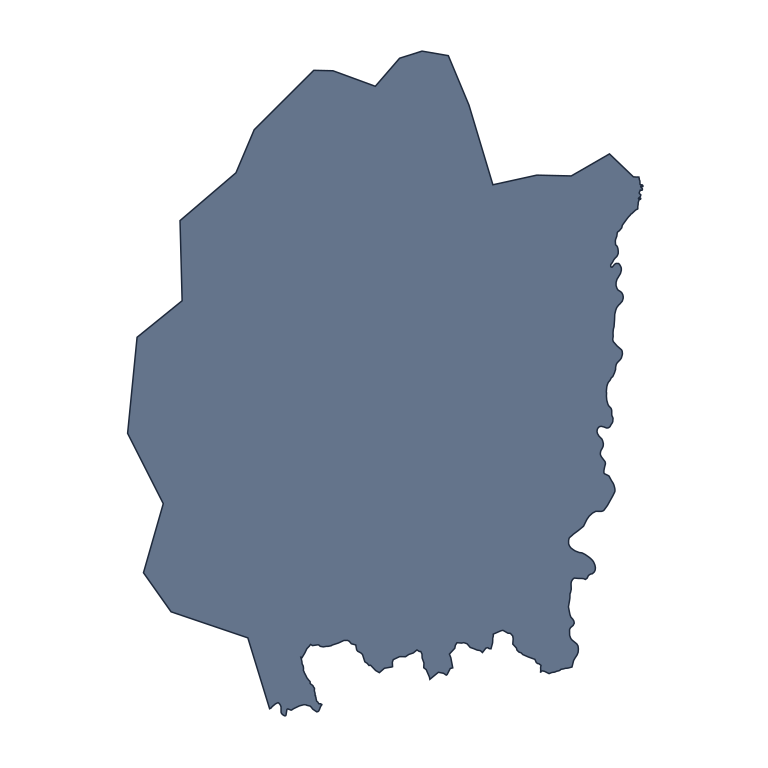 Xu'der, Selenge, Mongolia, rotated 91°
{"feature_id": "93677404B85360121708910", "entity_name": "Xu'der", "entity_type": "district", "adm_level": 2, "iso_a3": "MNG", "parent_name": "Mongolia", "parent_adm1": "Selenge", "projection": "equal_earth", "projection_center": [107.738, 49.736], "detail": "fine", "context": "isolated", "style": "filled", "palette": "slate", "viewbox_px": 768, "rotation_deg": 91, "n_neighbors": 0, "source": "geoboundaries", "source_scale": "gbopen_adm2", "svg_char_len": 6139}
<svg xmlns="http://www.w3.org/2000/svg" viewBox="0 0 768 768"><g transform="rotate(91 384 384)"><path d="M54.6,325.4L50.5,351.8L58.0,374.1L86.5,397.9L71.7,440.5L71.6,459.7L132.0,518.2L175.4,535.7L224.2,590.8L304.3,587.3L341.6,631.7L437.8,639.5L507.5,602.6L576.9,621.2L615.5,592.9L640.2,515.7L710.7,492.7L710.0,491.3L709.8,491.3L708.2,489.8L705.7,486.9L704.5,484.5L704.6,484.0L705.6,482.9L706.7,482.1L708.6,481.3L714.0,481.2L715.2,480.7L716.3,479.7L717.5,477.7L717.5,477.1L717.4,476.6L716.8,476.2L711.2,475.4L710.7,475.0L710.6,474.3L711.7,471.3L711.6,470.7L710.2,468.7L707.3,462.9L706.0,458.4L706.2,456.2L706.6,455.6L707.3,452.3L708.3,451.2L710.4,449.5L713.0,445.5L712.7,444.4L712.1,443.6L710.5,442.8L708.2,442.0L706.6,441.2L705.8,440.5L705.3,440.8L705.1,441.5L704.8,441.9L704.8,443.6L703.1,444.7L702.3,445.8L699.4,446.5L698.9,446.5L698.2,446.8L696.9,447.0L696.8,447.4L694.8,447.5L693.4,447.8L692.4,448.2L691.1,448.3L690.5,448.2L689.4,448.2L688.3,449.1L687.4,449.5L686.9,449.8L685.7,451.3L685.3,452.0L684.8,452.5L684.5,452.7L683.4,452.6L682.7,452.8L681.5,454.0L679.0,456.0L676.5,457.2L675.8,457.7L675.0,458.0L674.1,458.6L672.9,459.0L671.8,459.6L669.7,459.5L667.5,459.8L665.2,461.0L663.1,461.2L660.6,461.8L658.9,462.3L658.6,462.4L658.6,461.9L658.7,461.7L659.1,461.5L659.2,461.3L658.9,461.1L654.2,458.4L650.0,456.5L647.4,454.1L645.7,452.9L645.8,452.6L646.8,450.9L645.9,445.4L646.1,444.6L647.4,443.2L647.9,440.1L647.3,436.9L647.3,435.3L646.6,432.2L645.9,431.2L643.8,425.1L641.1,419.6L641.0,415.9L641.9,414.2L644.3,412.1L645.4,407.7L650.3,406.7L651.7,405.6L653.2,402.6L654.8,400.8L662.1,398.3L663.6,395.9L665.7,394.1L665.4,392.5L670.6,387.4L672.7,383.6L668.2,378.6L666.8,371.2L666.5,370.5L662.0,370.8L659.4,369.9L656.3,363.6L656.3,357.7L654.0,354.5L652.4,350.0L649.3,346.4L650.8,344.1L650.8,342.6L653.4,341.3L657.3,341.1L662.2,339.2L667.0,339.3L668.9,336.8L676.2,333.5L678.5,333.0L671.3,324.6L672.2,319.4L674.0,316.7L673.4,315.8L667.3,312.8L666.6,310.3L656.5,312.4L652.9,313.9L647.0,308.6L644.0,308.1L641.4,306.5L641.7,301.9L641.2,299.7L642.3,296.4L645.9,293.2L647.1,289.5L648.4,286.3L648.9,283.0L650.8,280.9L646.3,277.5L645.8,275.6L646.8,274.2L646.9,272.4L640.9,270.9L637.7,270.8L636.6,270.9L634.0,270.3L632.2,270.4L628.7,262.8L628.2,260.8L631.0,255.7L631.1,253.3L633.7,250.9L636.5,250.4L641.8,250.7L645.7,247.0L647.8,246.4L649.7,244.4L650.4,242.2L652.1,240.5L654.4,235.0L656.7,228.3L659.8,226.9L660.8,225.6L661.0,224.2L662.6,222.1L664.8,222.5L667.4,222.3L669.9,222.5L668.4,221.7L668.1,220.4L668.5,218.5L670.7,213.9L669.5,211.1L669.1,208.3L668.7,207.4L668.2,206.4L667.8,204.6L667.5,203.7L667.0,202.9L666.2,202.1L665.7,199.5L665.1,197.7L665.0,196.2L664.8,194.9L663.7,191.1L657.2,189.6L655.0,188.4L651.5,186.2L648.8,185.2L645.6,185.0L642.6,185.4L640.5,186.7L636.8,191.4L635.2,192.8L632.1,194.0L626.5,194.2L625.3,193.8L624.2,193.1L622.1,190.7L619.8,189.6L617.7,190.0L615.8,191.2L613.8,193.1L611.2,194.1L603.6,195.7L597.2,194.7L594.7,194.4L590.6,194.4L589.0,193.8L585.9,193.2L580.3,193.5L578.3,193.2L576.1,192.0L574.7,190.4L575.0,186.6L575.0,182.9L575.1,181.1L575.9,179.2L574.6,177.5L572.0,176.3L571.1,175.2L570.4,174.0L570.1,172.4L568.4,170.6L567.5,170.1L566.3,169.6L564.1,169.4L561.5,169.9L558.5,171.2L556.9,172.3L554.8,174.4L553.5,176.1L551.0,179.8L549.5,182.8L549.3,183.7L549.1,185.8L547.6,189.9L546.3,192.0L544.6,194.3L542.9,195.6L540.7,196.6L537.4,196.7L535.2,196.3L534.3,195.8L531.9,193.1L530.9,192.1L526.9,186.9L522.7,182.0L515.9,178.8L512.6,176.6L509.5,173.4L507.6,170.0L507.6,164.5L507.1,162.9L506.4,161.9L501.6,158.5L491.7,153.2L487.6,151.3L486.1,151.2L484.3,151.4L481.1,152.3L479.3,153.1L476.6,154.9L472.1,157.4L471.4,158.6L469.9,161.9L469.0,162.6L466.6,162.6L463.3,162.0L460.0,161.2L458.9,161.3L457.8,161.6L453.1,165.3L451.4,166.2L450.2,166.5L448.1,166.3L446.7,165.9L444.9,164.9L442.8,163.9L441.7,163.7L439.9,163.6L437.2,164.3L435.2,165.2L432.4,168.1L429.8,169.7L427.7,170.2L425.5,169.9L424.2,169.2L422.9,167.9L422.5,166.1L423.1,163.4L424.1,160.8L424.1,159.8L423.8,158.7L422.8,157.4L422.3,157.1L420.4,156.1L419.1,155.2L417.7,154.6L414.2,154.4L411.3,155.7L408.5,155.8L407.6,155.8L406.2,155.9L405.2,156.2L404.3,156.6L401.8,159.0L400.3,159.8L396.2,161.0L392.2,161.4L388.8,161.3L388.2,161.6L382.9,161.2L380.8,160.7L378.5,159.8L376.2,158.0L374.1,157.0L373.4,156.4L372.8,155.6L372.2,155.2L368.7,153.7L365.4,152.7L363.2,152.7L360.7,152.2L359.7,151.8L358.5,151.0L356.7,149.3L355.4,148.1L353.8,147.1L350.8,146.3L349.7,146.1L347.2,146.4L346.4,146.7L345.7,147.1L345.0,147.9L341.9,151.6L337.6,155.5L336.6,155.8L335.5,156.1L332.4,155.7L328.9,155.9L327.1,155.8L325.0,155.6L322.8,155.0L316.0,154.6L310.3,154.5L305.9,153.5L303.5,152.6L300.9,150.7L299.9,149.6L297.0,147.2L294.4,146.4L292.8,146.3L291.8,146.5L290.8,146.7L289.2,147.5L288.3,148.1L287.3,149.4L286.0,151.6L284.4,152.7L281.5,153.7L278.3,153.7L275.3,152.9L269.4,149.5L266.3,148.7L264.8,148.7L263.8,148.8L262.3,149.4L260.3,150.6L259.4,151.6L259.4,154.1L259.9,155.0L260.6,155.8L263.0,157.7L263.2,158.7L262.9,159.2L262.2,159.4L260.8,159.4L258.6,157.8L255.6,156.3L254.0,155.0L252.5,153.5L251.5,152.9L249.5,152.1L247.3,152.1L244.8,152.4L242.9,153.0L241.9,153.6L240.7,154.9L237.1,155.2L235.5,155.0L232.1,153.8L228.6,153.4L228.2,153.2L227.8,152.9L226.6,151.3L223.7,149.0L221.2,148.5L219.7,147.5L214.3,143.7L212.6,142.4L210.8,140.7L210.1,140.3L209.7,139.9L209.4,139.3L206.1,135.9L205.1,134.6L204.8,133.7L204.6,133.4L204.4,133.3L203.4,133.3L202.5,133.4L199.8,133.0L199.0,133.0L198.1,133.0L197.1,132.7L195.7,132.3L195.3,131.9L194.8,130.8L194.5,130.6L194.1,130.5L193.7,130.7L193.7,131.1L193.8,131.6L194.6,132.5L194.3,132.8L193.9,132.8L193.4,132.4L192.2,131.1L191.4,130.7L190.4,130.5L190.1,130.8L189.4,131.7L188.9,132.1L187.9,132.1L186.9,131.6L185.7,131.2L185.8,130.1L185.8,129.5L185.4,129.1L184.7,129.0L184.2,129.1L183.6,129.6L182.6,130.6L182.2,130.8L182.0,130.7L181.7,130.5L181.7,130.1L182.1,128.9L182.0,128.6L181.5,128.5L181.1,128.7L180.5,129.1L180.2,131.2L179.8,131.5L176.5,131.7L175.1,132.3L174.0,132.4L173.2,132.7L172.7,132.7L172.6,133.7L172.7,135.1L172.5,138.3L150.0,162.6L172.7,200.4L172.5,234.9L182.9,278.6L103.7,303.9L54.6,325.4Z" fill="#64748b" stroke="#1e293b" stroke-width="1.5"/></g></svg>